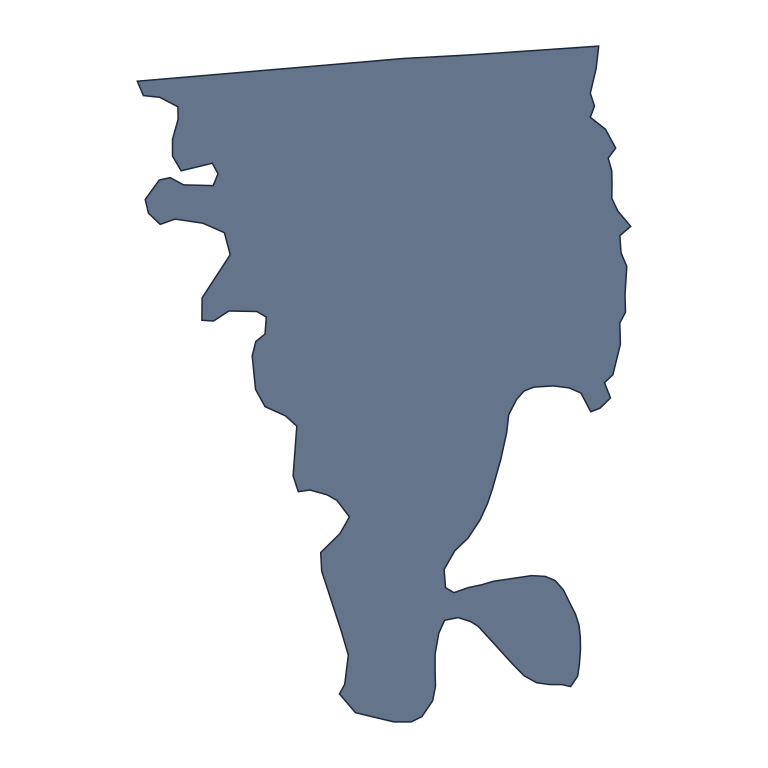 Cotiporã, Rio Grande do Sul, Brazil
{"feature_id": "56859067B19621956734569", "entity_name": "Cotiporã", "entity_type": "district", "adm_level": 2, "iso_a3": "BRA", "parent_name": "Brazil", "parent_adm1": "Rio Grande do Sul", "projection": "equal_earth", "projection_center": [-51.685, -29.013], "detail": "fine", "context": "isolated", "style": "filled", "palette": "slate", "viewbox_px": 768, "rotation_deg": 0, "n_neighbors": 0, "source": "geoboundaries", "source_scale": "gbopen_adm2", "svg_char_len": 1636}
<svg xmlns="http://www.w3.org/2000/svg" viewBox="0 0 768 768"><path d="M590.8,411.8L600.1,408.1L610.5,397.9L604.5,382.7L612.9,374.7L620.4,344.2L619.8,323.0L625.5,312.2L625.0,294.7L626.8,266.6L621.0,252.7L619.9,235.6L630.7,226.4L617.7,210.8L611.8,198.3L612.0,184.9L611.8,171.2L608.2,158.1L615.7,148.1L605.5,129.3L590.3,117.3L594.5,106.1L590.3,93.2L596.1,68.8L598.7,46.1L469.8,54.9L403.1,58.5L137.3,81.2L143.4,95.6L159.7,97.3L177.9,106.8L178.1,119.3L172.5,139.3L172.5,156.1L181.2,170.8L212.3,163.2L218.0,173.7L213.2,185.6L183.6,184.9L170.1,177.6L159.3,180.0L145.2,199.5L148.5,213.2L160.2,224.4L174.9,219.1L202.8,223.2L224.4,232.7L230.2,254.7L202.1,297.9L201.9,320.3L213.6,321.0L228.8,311.0L256.9,311.5L266.3,317.1L265.0,334.0L255.8,341.5L252.2,355.9L255.5,389.3L265.0,406.6L285.5,415.9L296.8,426.1L293.1,475.7L298.3,491.7L309.9,490.0L327.3,494.9L337.0,500.5L349.4,516.9L339.9,533.7L320.7,552.5L321.7,571.2L341.4,631.5L348.3,655.1L344.7,684.4L339.4,693.9L355.5,712.7L373.2,717.0L393.8,721.9L411.2,721.9L421.9,716.6L432.7,700.7L435.5,686.3L435.1,670.2L435.1,653.9L438.8,633.2L444.6,620.3L458.1,617.6L470.4,621.5L478.2,626.3L512.4,663.9L524.1,675.8L536.5,682.7L550.0,684.6L562.0,684.6L570.6,686.6L577.6,676.3L579.4,664.4L580.5,649.5L580.3,636.8L579.0,625.1L575.4,613.9L570.5,604.4L563.5,590.0L555.1,580.5L545.3,576.4L531.7,575.6L493.7,581.2L481.0,584.9L468.3,587.6L453.9,592.7L445.5,587.6L444.1,569.5L454.8,550.8L468.0,538.1L480.0,520.0L487.5,503.7L492.3,489.3L500.7,459.8L506.7,432.5L508.7,414.7L516.8,399.1L524.1,391.0L534.0,387.1L553.3,385.9L569.2,387.9L580.9,393.0L590.8,411.8Z" fill="#64748b" stroke="#1e293b" stroke-width="1.5"/></svg>